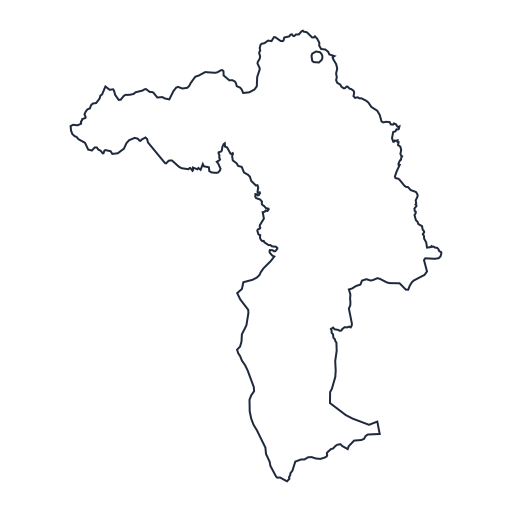 the district of Bambesa, Orientale, Democratic Republic of the Congo
{"feature_id": "63176286B69142293994365", "entity_name": "Bambesa", "entity_type": "district", "adm_level": 2, "iso_a3": "COD", "parent_name": "Democratic Republic of the Congo", "parent_adm1": "Orientale", "projection": "robinson", "projection_center": [25.884, 2.972], "detail": "fine", "context": "isolated", "style": "outline", "palette": "slate", "viewbox_px": 512, "rotation_deg": 0, "n_neighbors": 0, "source": "geoboundaries", "source_scale": "gbopen_adm2", "svg_char_len": 5968}
<svg xmlns="http://www.w3.org/2000/svg" viewBox="0 0 512 512"><path d="M105.4,86.5L102.1,94.4L100.4,95.6L99.6,98.5L96.2,103.0L92.7,103.6L91.0,105.3L89.9,108.4L87.4,109.4L85.8,111.5L84.5,114.2L85.6,117.1L85.4,118.0L82.2,119.1L82.0,120.4L81.0,121.5L81.1,123.7L77.5,125.3L73.1,124.8L70.6,126.1L71.0,130.5L72.3,134.0L74.8,136.3L76.4,136.8L78.6,139.3L85.0,142.8L88.2,149.6L91.9,150.5L94.8,147.4L96.8,147.5L98.3,149.6L100.6,150.7L102.8,153.4L103.5,153.2L104.5,150.5L105.4,150.1L110.6,151.2L112.3,153.9L117.7,153.3L123.9,148.7L126.5,143.1L129.1,140.2L134.7,137.9L137.8,138.7L139.6,140.7L140.4,140.9L141.9,139.4L145.5,137.5L147.1,139.1L148.0,142.5L165.0,163.1L166.1,163.4L168.7,160.7L171.2,160.4L172.1,160.6L179.0,166.8L181.6,168.2L188.4,169.2L189.7,168.0L190.4,168.1L192.5,170.8L193.0,170.1L193.0,167.6L197.4,169.3L198.4,168.0L200.6,169.8L202.8,164.1L203.8,166.3L208.9,167.3L209.3,171.1L211.4,172.4L216.2,172.9L218.1,172.5L220.0,170.5L220.5,168.7L218.3,163.7L216.8,161.8L219.5,160.2L220.0,159.3L219.2,157.5L219.4,155.4L218.5,153.1L218.7,152.3L220.9,151.6L221.8,150.6L222.4,146.8L223.7,144.1L224.8,143.3L225.0,146.6L227.2,147.5L230.5,153.7L231.3,153.9L232.7,153.1L233.0,153.7L232.1,156.0L232.8,160.4L236.6,163.3L238.1,165.9L241.7,166.9L244.0,172.5L248.3,175.0L249.9,176.8L251.3,181.0L255.9,185.5L257.4,185.2L258.2,187.5L257.5,192.0L257.9,192.7L259.7,192.3L260.0,193.2L258.7,195.2L257.7,195.4L256.6,194.3L255.4,194.1L255.3,196.7L256.1,198.1L260.1,199.5L261.9,201.5L261.8,204.0L262.8,205.3L264.1,206.0L265.9,208.1L268.5,208.7L268.7,209.3L267.4,211.0L265.7,210.5L264.6,211.8L262.7,212.2L263.9,218.6L259.9,225.1L259.7,226.8L260.3,227.9L259.7,228.7L257.9,229.4L257.3,230.6L258.5,234.5L260.2,235.1L260.0,237.9L260.9,239.8L262.4,241.2L263.7,240.9L264.5,242.4L268.4,245.0L270.6,245.2L272.1,246.4L275.9,246.7L277.3,248.0L277.3,248.8L275.4,251.1L274.0,251.3L272.6,250.2L269.8,250.1L269.5,251.8L270.0,253.0L272.4,255.7L274.3,256.5L270.8,261.0L263.5,268.3L260.7,272.3L259.5,275.0L256.8,277.6L252.5,279.8L243.4,282.2L241.9,289.0L237.2,293.1L240.3,299.5L248.2,309.8L248.4,313.1L246.4,325.3L241.9,334.3L241.5,341.6L240.1,346.5L237.1,349.7L238.2,353.2L240.2,356.3L241.9,360.6L245.1,365.2L247.7,370.6L253.8,387.1L254.1,391.2L251.3,395.2L249.5,399.7L249.7,411.3L251.2,418.6L253.5,424.7L256.8,430.1L265.4,447.6L266.0,453.9L269.7,461.9L270.4,465.9L276.1,476.6L277.4,477.7L280.0,477.5L287.0,481.3L289.4,478.8L289.0,477.2L290.2,475.2L290.4,473.3L292.4,470.7L295.3,461.6L301.0,459.5L304.6,459.4L308.0,457.3L311.6,457.1L315.8,458.5L320.4,458.9L324.9,457.5L326.7,456.4L327.2,455.3L326.8,453.7L327.1,452.6L330.8,449.2L333.2,448.4L335.6,445.8L337.5,444.7L340.5,444.2L342.2,446.0L347.7,449.1L348.7,446.2L354.1,440.6L361.4,440.0L364.1,438.8L365.6,436.0L367.9,434.5L379.7,434.0L377.3,421.6L369.0,424.8L352.6,418.6L345.8,415.1L330.0,403.1L330.1,392.1L331.9,388.7L335.3,376.9L335.7,370.5L335.2,361.1L336.7,350.6L336.4,342.6L335.2,340.9L335.1,339.6L333.4,337.7L333.0,334.3L331.6,332.7L331.6,330.4L330.9,329.0L333.1,327.6L334.6,329.3L338.2,329.9L339.7,330.8L341.4,330.5L342.1,329.2L344.6,327.2L347.3,327.4L349.0,326.6L350.7,327.4L351.7,325.6L351.9,323.7L348.9,308.6L350.3,305.2L350.4,301.9L350.1,298.5L350.4,294.6L348.9,289.4L351.9,288.6L356.0,286.0L360.4,284.6L362.0,280.6L366.4,279.2L370.5,280.5L372.6,280.2L377.4,278.2L379.8,278.8L386.8,282.4L389.5,283.1L399.6,283.3L405.8,289.6L408.2,289.7L409.8,285.6L411.9,282.2L413.8,280.5L424.5,274.9L427.0,271.5L424.0,260.1L425.3,258.3L434.9,258.8L438.7,258.2L440.5,256.4L441.4,253.2L441.1,252.1L439.3,251.2L438.3,249.0L437.0,247.8L435.1,247.6L433.3,246.5L432.0,246.9L431.5,246.2L430.3,247.2L427.0,247.6L426.2,242.4L424.1,238.6L424.0,236.0L422.8,234.1L424.1,232.4L424.0,231.2L422.6,229.5L422.1,226.2L418.3,224.0L417.6,221.9L415.9,220.1L414.5,215.1L415.6,213.4L415.8,211.8L414.7,210.9L414.4,208.5L416.4,206.1L416.5,205.4L415.5,204.5L416.2,203.3L415.7,200.4L417.4,196.8L417.7,195.5L417.0,193.5L415.8,191.9L410.7,190.1L408.0,187.1L406.0,186.9L404.5,185.8L399.5,179.7L398.3,178.7L395.5,178.1L394.9,176.5L396.6,171.5L399.7,164.9L398.5,164.7L398.5,163.7L400.0,160.3L401.0,159.8L401.3,157.6L402.1,156.3L401.3,156.0L400.4,153.9L401.2,150.1L400.4,146.7L398.0,145.0L398.6,142.1L397.5,141.8L397.6,140.3L395.5,140.9L394.5,140.6L393.8,141.8L393.2,141.7L392.0,138.2L393.2,132.0L395.5,131.3L396.5,129.3L398.1,129.5L398.9,128.8L399.4,126.4L398.0,127.0L396.8,125.9L396.2,124.5L394.0,123.4L393.1,124.6L390.8,124.4L389.6,122.1L386.2,121.8L383.1,122.4L381.5,121.4L379.7,114.9L377.2,110.7L371.3,106.9L368.5,102.7L366.3,100.8L361.4,98.3L359.6,98.4L357.7,97.3L355.1,97.9L353.5,96.1L354.2,92.8L353.6,90.8L351.3,89.1L349.6,88.7L347.6,86.6L346.5,86.6L345.0,88.2L343.7,88.3L341.2,86.5L340.3,84.6L337.2,82.8L336.1,80.1L336.8,77.3L336.1,73.5L337.2,68.6L336.2,64.2L333.3,59.4L332.6,57.3L334.4,56.1L329.3,54.4L328.2,51.8L325.3,49.5L321.1,49.0L319.2,45.6L319.3,42.7L317.1,38.6L314.9,36.3L313.9,37.4L312.2,37.5L306.9,32.3L303.6,31.6L302.9,30.7L301.5,31.4L298.9,34.4L296.0,34.5L294.1,36.1L293.0,35.8L291.8,34.3L290.5,34.7L289.2,36.4L284.3,37.5L283.5,40.4L282.8,41.1L280.7,41.0L275.4,37.3L274.0,37.1L271.5,41.1L268.1,40.6L264.4,43.2L261.8,43.7L260.6,44.7L259.7,48.0L260.2,50.7L259.3,52.0L259.2,53.2L260.1,56.3L259.7,58.7L257.8,61.9L257.5,63.5L259.6,67.9L259.7,69.5L257.2,77.0L256.8,86.3L254.5,89.5L249.3,92.3L243.2,93.0L241.7,89.5L240.1,87.6L236.8,86.2L235.7,82.6L234.7,81.4L232.3,80.2L229.3,80.3L223.6,75.4L223.5,71.3L222.5,70.2L221.0,70.2L217.4,72.3L215.1,72.8L205.2,72.1L198.7,75.6L195.3,76.7L190.7,83.0L189.3,85.8L187.3,87.8L182.4,88.5L178.0,86.9L176.2,87.6L173.5,91.0L169.3,99.4L164.6,98.4L162.4,97.1L157.3,97.5L153.5,92.8L152.4,92.1L149.7,91.9L146.0,89.1L144.6,89.3L142.4,90.6L135.5,92.3L133.5,94.0L129.7,94.8L125.3,94.9L123.7,96.0L120.7,99.7L118.7,99.9L115.1,94.8L114.1,90.9L113.1,89.3L109.7,89.8L105.4,86.5ZM313.6,62.1L312.2,60.7L311.5,55.8L312.3,53.6L316.1,51.5L319.9,52.2L321.4,53.8L322.3,55.8L322.4,58.0L321.6,60.0L318.9,62.5L313.6,62.1Z" fill="none" stroke="#1e293b" stroke-width="2"/></svg>